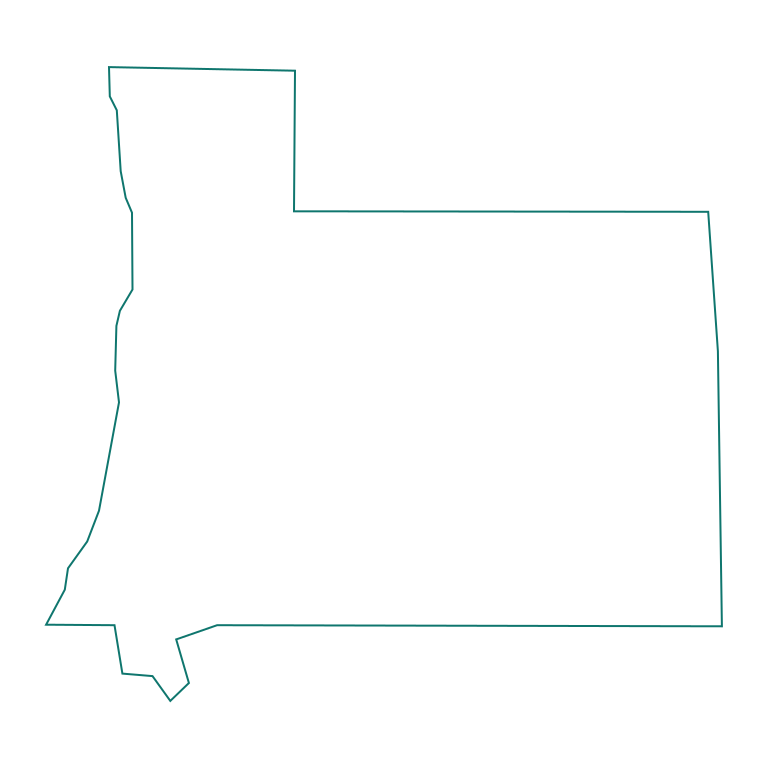 outline of Antrim, Michigan, United States of America
{"feature_id": "52423323B24327368790692", "entity_name": "Antrim", "entity_type": "district", "adm_level": 2, "iso_a3": "USA", "parent_name": "United States of America", "parent_adm1": "Michigan", "projection": "orthographic", "projection_center": [-85.292, 45.01], "detail": "fine", "context": "isolated", "style": "outline", "palette": "teal", "viewbox_px": 768, "rotation_deg": 0, "n_neighbors": 0, "source": "geoboundaries", "source_scale": "gbopen_adm2", "svg_char_len": 467}
<svg xmlns="http://www.w3.org/2000/svg" viewBox="0 0 768 768"><path d="M721.9,626.3L717.9,351.3L708.2,211.8L294.0,211.3L295.0,70.7L109.0,67.1L109.8,96.4L116.8,110.3L120.7,171.2L125.7,197.8L132.0,212.7L132.5,289.5L119.9,310.8L116.4,325.9L115.2,370.6L119.0,402.4L99.0,510.7L87.2,541.5L68.0,568.3L64.8,589.7L46.1,624.7L114.5,625.2L122.4,673.6L152.5,676.1L170.3,700.9L188.9,683.0L176.2,639.4L217.1,625.2L721.9,626.3Z" fill="none" stroke="#0f766e" stroke-width="2"/></svg>